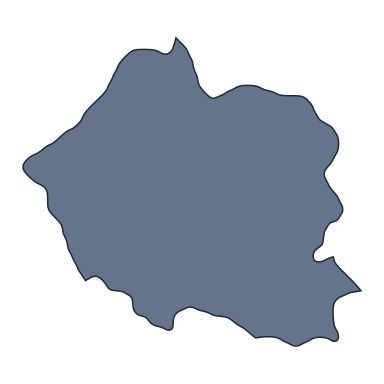 Guayabal, Azua, Dominican Republic
{"feature_id": "3306468B24687357743066", "entity_name": "Guayabal", "entity_type": "district", "adm_level": 2, "iso_a3": "DOM", "parent_name": "Dominican Republic", "parent_adm1": "Azua", "projection": "mercator", "projection_center": [-70.748, 18.718], "detail": "fine", "context": "isolated", "style": "filled", "palette": "slate", "viewbox_px": 384, "rotation_deg": 0, "n_neighbors": 0, "source": "geoboundaries", "source_scale": "gbopen_adm2", "svg_char_len": 4017}
<svg xmlns="http://www.w3.org/2000/svg" viewBox="0 0 384 384"><path d="M361.0,290.8L357.4,286.4L354.3,283.0L340.8,269.5L336.9,265.2L335.5,263.4L334.5,261.4L333.9,259.6L333.4,256.9L331.1,257.4L328.9,258.2L323.1,261.1L320.9,261.7L318.7,261.9L316.6,261.6L315.6,261.2L314.6,260.5L313.9,259.5L313.5,258.5L313.2,256.3L313.4,254.2L313.7,253.1L314.7,251.1L316.9,248.8L320.9,245.9L321.6,245.2L322.1,244.4L322.5,243.4L323.1,241.3L323.9,234.4L324.4,232.1L325.3,230.1L328.5,224.7L329.9,223.2L330.7,222.7L336.2,220.8L337.8,219.5L339.0,217.9L341.6,213.5L342.5,211.6L342.7,210.4L342.7,208.1L342.1,205.9L339.6,201.2L337.6,197.0L336.2,194.9L331.4,189.2L329.2,186.2L327.2,182.0L325.2,178.3L324.4,176.2L324.2,175.1L324.3,172.8L325.0,170.6L326.3,168.6L331.0,163.0L332.4,161.0L334.4,156.8L337.1,152.1L337.5,151.0L338.2,148.7L338.5,146.3L338.6,142.6L338.4,140.2L338.0,137.8L337.6,136.6L336.7,134.6L332.8,128.3L331.3,126.8L321.4,121.0L319.8,119.8L318.5,118.1L315.3,112.6L314.3,110.7L312.5,106.4L310.5,103.3L308.0,100.5L306.1,98.8L304.1,97.4L301.7,96.4L297.9,95.8L286.2,95.7L281.1,95.3L279.9,95.0L277.6,94.2L273.7,92.3L271.6,91.5L265.9,90.1L263.7,89.4L258.8,87.0L256.7,86.2L253.1,85.6L246.9,85.3L242.0,85.6L238.5,86.4L236.5,87.3L232.7,89.4L228.4,91.3L222.8,94.7L215.1,98.0L213.1,98.3L212.1,98.1L210.1,97.2L207.4,95.1L204.0,91.7L201.6,88.9L199.5,85.9L199.0,84.8L198.3,82.5L197.4,77.9L196.8,75.6L194.5,70.6L193.8,68.5L192.6,62.7L192.0,60.4L189.0,54.6L187.1,50.3L185.8,48.2L183.3,45.3L175.9,37.9L174.9,42.2L173.2,47.3L172.3,49.5L171.8,50.4L170.3,52.1L168.6,53.3L167.6,53.8L166.4,54.1L165.3,54.1L163.1,53.8L161.1,53.0L157.4,51.0L156.3,50.6L154.0,50.1L150.3,49.6L144.1,49.4L137.9,49.5L134.3,50.1L132.1,51.0L129.1,53.1L126.4,55.6L123.0,59.1L120.6,61.9L119.2,63.9L118.1,66.0L116.8,69.2L113.6,74.9L111.9,79.2L108.7,85.0L106.9,89.2L105.6,91.2L104.2,93.0L101.7,95.7L90.4,106.8L86.3,111.2L84.9,113.1L83.7,115.0L82.2,118.2L81.2,120.2L79.9,122.0L78.4,123.7L75.9,126.1L73.2,128.2L71.2,129.2L68.1,130.6L65.1,132.6L62.3,135.0L56.0,140.8L53.2,143.0L47.0,146.1L45.2,147.4L39.9,151.6L38.0,152.9L36.0,153.9L32.8,155.3L29.9,157.1L27.3,159.3L25.8,160.9L24.4,162.6L23.4,164.6L23.1,165.8L23.0,167.0L23.1,168.2L23.4,169.3L24.5,171.5L26.7,174.2L30.2,177.7L34.0,181.0L37.0,183.0L41.1,185.0L43.0,186.1L44.7,187.5L46.0,189.3L47.0,191.4L47.4,193.7L47.6,196.1L47.7,204.7L48.0,207.1L48.6,209.4L49.8,211.5L51.2,213.4L58.0,220.6L59.6,222.4L61.0,224.4L61.5,225.5L62.3,227.7L63.1,232.4L63.8,234.6L66.1,239.5L66.9,241.7L68.0,247.5L68.7,249.7L69.1,250.7L71.7,255.6L73.5,259.9L76.7,265.7L78.0,268.9L79.1,270.9L85.5,280.6L90.9,277.4L92.9,276.6L95.2,276.3L97.5,276.6L99.6,277.7L102.4,280.1L105.5,283.8L108.5,288.2L109.2,288.9L110.1,289.4L111.1,289.9L113.2,290.4L120.1,291.1L122.3,291.7L124.4,292.6L128.9,295.2L130.5,296.4L131.2,297.2L131.8,298.1L132.4,300.1L133.1,306.9L133.6,309.1L134.5,311.2L135.1,312.1L136.6,313.7L138.4,314.9L139.4,315.3L144.5,316.8L146.2,317.8L146.9,318.4L150.0,322.3L151.6,323.7L153.5,324.9L155.6,325.8L160.1,326.9L162.3,327.6L166.7,329.8L168.7,330.2L169.7,330.1L170.6,329.8L171.5,329.3L172.2,328.5L172.6,327.6L173.0,325.6L173.3,320.2L173.7,317.9L174.5,315.8L175.1,314.9L176.6,313.2L178.3,311.8L179.3,311.2L187.1,307.6L189.3,307.1L191.6,307.1L193.8,307.7L197.6,309.5L199.6,310.3L205.3,311.7L207.5,312.4L213.5,315.2L217.0,316.0L223.0,316.6L225.3,317.0L227.6,317.6L228.7,318.2L230.8,319.5L237.6,324.8L242.7,327.6L244.8,328.9L252.4,335.4L255.6,337.9L262.0,337.0L266.0,336.7L271.4,336.8L275.4,337.3L276.6,337.6L278.9,338.4L283.7,341.1L287.8,343.0L292.5,345.5L294.7,346.0L295.8,346.1L298.1,345.8L300.0,345.1L303.8,343.1L307.9,341.2L311.7,339.1L313.8,338.1L315.0,337.7L317.6,337.3L321.6,337.3L325.5,337.8L327.9,338.5L331.4,340.4L333.1,341.2L335.1,341.3L336.0,341.1L337.0,340.5L337.7,339.7L338.1,338.7L338.4,337.8L338.4,335.7L337.7,332.5L335.2,327.8L334.3,325.6L333.6,321.8L333.1,315.3L333.1,308.8L333.6,305.0L334.4,302.6L335.6,300.7L337.9,298.4L339.8,297.2L342.9,295.9L347.8,293.5L351.1,292.4L361.0,290.8Z" fill="#64748b" stroke="#1e293b" stroke-width="1.5"/></svg>